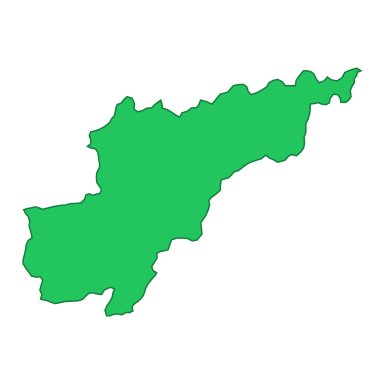 Materlândia, Minas Gerais, Brazil (Mercator projection)
{"feature_id": "56859067B41268860944620", "entity_name": "Materlândia", "entity_type": "district", "adm_level": 2, "iso_a3": "BRA", "parent_name": "Brazil", "parent_adm1": "Minas Gerais", "projection": "mercator", "projection_center": [-43.034, -18.467], "detail": "fine", "context": "isolated", "style": "filled", "palette": "green", "viewbox_px": 384, "rotation_deg": 0, "n_neighbors": 0, "source": "geoboundaries", "source_scale": "gbopen_adm2", "svg_char_len": 3135}
<svg xmlns="http://www.w3.org/2000/svg" viewBox="0 0 384 384"><path d="M361.0,70.8L356.8,68.2L352.7,69.3L349.1,70.6L344.8,72.5L341.7,78.1L337.1,80.9L331.1,79.9L327.3,77.0L324.2,80.9L319.1,82.7L316.2,79.1L313.9,74.0L310.8,71.7L307.3,70.8L303.6,70.8L301.3,73.3L299.2,76.1L296.2,80.3L295.4,85.7L289.9,85.7L285.3,85.7L282.3,81.8L277.7,79.5L273.2,80.4L269.1,82.7L266.4,87.1L262.8,89.4L258.9,91.7L254.7,93.5L251.0,94.5L248.1,91.3L246.7,86.7L243.4,84.4L238.5,84.6L233.6,85.6L230.7,88.6L228.0,92.0L224.4,93.1L220.0,94.3L216.9,98.2L214.5,101.3L211.7,104.1L207.2,101.9L200.7,100.1L198.7,104.9L196.6,107.8L191.7,107.8L187.2,111.3L182.0,112.8L179.8,117.0L176.4,115.5L172.4,112.7L167.5,109.7L162.4,108.1L161.9,103.9L160.7,100.1L157.3,102.6L154.2,105.2L151.4,108.0L146.9,108.1L141.9,110.9L137.3,111.7L134.0,109.1L134.5,104.0L132.2,98.3L127.0,96.7L123.9,99.6L121.2,103.2L117.2,104.5L115.8,108.3L115.3,112.0L114.2,116.0L111.8,118.5L109.5,122.7L104.5,126.7L100.2,129.0L95.9,130.7L90.6,131.8L89.3,135.8L90.9,140.2L90.8,143.7L87.4,146.4L90.5,147.9L95.5,148.9L97.8,152.3L98.4,155.7L99.1,161.2L99.8,166.2L98.2,169.9L96.7,173.2L96.4,177.5L96.9,182.6L99.8,186.8L101.5,189.8L99.8,193.4L96.1,194.2L93.0,195.3L89.2,193.8L86.0,194.8L84.7,199.1L80.9,202.9L75.5,203.5L70.7,203.6L65.8,205.0L60.7,205.4L57.2,205.9L52.3,206.9L46.9,208.2L42.6,209.3L38.5,207.7L35.0,206.9L31.8,207.8L27.5,208.6L23.7,209.7L25.4,213.2L28.2,216.3L29.7,221.3L29.1,225.7L30.0,229.1L31.2,233.1L32.0,237.8L28.4,240.3L26.4,244.1L25.7,249.2L24.2,255.7L23.0,260.2L23.2,263.9L25.4,267.6L28.4,271.8L31.6,276.1L36.6,277.2L40.3,276.7L42.8,280.3L41.2,285.1L39.9,290.0L41.9,294.7L40.5,299.1L47.3,300.7L51.1,302.2L54.9,303.6L59.5,302.7L64.4,301.6L70.3,301.2L74.1,301.0L78.1,300.8L82.7,299.3L86.5,295.3L89.2,293.2L92.6,292.8L96.9,293.9L101.7,294.5L104.3,290.0L107.5,288.5L110.6,287.3L114.7,289.0L113.0,292.5L112.5,296.2L110.4,300.8L107.3,305.2L105.0,310.1L106.6,315.8L110.0,315.8L113.5,314.3L117.9,313.9L122.1,314.8L125.8,312.5L129.8,312.6L132.9,310.9L132.0,306.7L134.3,304.0L138.0,301.3L140.8,298.8L142.9,296.1L144.6,292.2L145.5,288.7L147.5,284.7L150.2,281.2L152.5,278.2L154.9,275.8L156.7,272.9L152.7,270.2L151.8,266.3L154.5,262.2L157.2,257.6L156.6,253.6L159.6,251.7L163.6,250.9L168.1,249.7L169.7,245.0L171.6,239.7L177.4,238.0L183.9,238.2L187.9,238.6L192.2,240.9L196.8,240.1L199.1,237.5L202.0,234.0L201.3,227.7L200.8,222.5L202.9,219.8L205.6,215.8L208.1,210.1L209.7,204.7L208.7,200.7L211.1,197.7L214.2,195.4L217.8,192.6L220.3,190.2L220.3,185.8L221.2,179.8L224.9,178.8L228.6,177.7L231.1,175.4L234.0,171.8L238.0,170.8L241.3,168.4L245.0,165.4L249.6,162.6L255.9,160.4L261.4,158.7L265.6,155.1L269.4,158.0L273.6,159.8L277.6,162.2L281.5,161.2L284.9,160.3L288.1,156.6L291.3,154.6L296.6,155.7L300.8,151.9L303.6,148.1L304.5,143.4L304.1,137.1L305.7,132.8L305.9,129.3L305.7,124.2L308.3,118.5L309.7,113.3L310.1,108.9L310.4,103.9L314.4,103.6L318.0,102.6L322.6,104.4L326.3,104.5L329.4,102.8L330.1,98.4L333.6,94.1L338.1,94.9L340.3,98.4L340.8,102.3L345.5,102.4L348.9,100.1L351.0,96.9L350.3,90.5L351.9,86.6L354.3,82.7L354.3,78.7L356.5,75.9L357.3,72.3L361.0,70.8Z" fill="#22c55e" stroke="#15803d" stroke-width="1.5"/></svg>